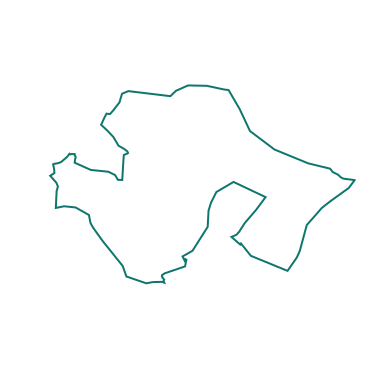 Goronyo, Sokoto, Nigeria, rotated 301°
{"feature_id": "59680162B20432910054227", "entity_name": "Goronyo", "entity_type": "district", "adm_level": 2, "iso_a3": "NGA", "parent_name": "Nigeria", "parent_adm1": "Sokoto", "projection": "equal_earth", "projection_center": [5.745, 13.352], "detail": "fine", "context": "isolated", "style": "outline", "palette": "teal", "viewbox_px": 384, "rotation_deg": 301, "n_neighbors": 0, "source": "geoboundaries", "source_scale": "gbopen_adm2", "svg_char_len": 1645}
<svg xmlns="http://www.w3.org/2000/svg" viewBox="0 0 384 384"><g transform="rotate(301 192 192)"><path d="M245.7,85.5L240.2,81.4L231.4,83.7L226.0,83.0L221.4,82.5L216.4,81.5L215.2,78.4L210.8,78.6L202.8,79.5L200.9,88.3L198.6,96.4L193.8,105.2L194.0,111.3L193.6,115.1L193.2,116.2L192.5,117.1L191.6,116.7L188.6,114.5L181.9,117.9L166.4,126.0L164.3,122.2L166.9,117.4L166.3,109.9L158.8,93.9L156.7,76.3L160.1,74.8L161.4,74.6L162.6,73.8L162.8,72.8L164.1,71.9L162.3,68.9L161.7,68.6L161.7,68.1L161.7,67.8L161.7,67.3L157.5,66.8L150.1,64.3L147.4,62.0L144.9,59.1L144.2,58.7L140.6,62.1L137.3,64.3L132.9,62.1L130.1,70.9L127.9,74.0L125.5,74.9L123.2,75.4L108.2,83.5L113.9,89.7L118.8,100.2L119.2,115.5L113.1,121.0L110.3,126.0L103.8,141.1L92.9,170.7L92.8,170.8L85.8,179.3L90.2,199.9L94.0,204.1L95.1,205.6L99.5,212.5L100.0,214.9L100.5,214.2L101.0,213.5L101.8,213.3L102.5,213.3L102.9,212.5L103.2,211.4L103.3,210.7L104.0,210.3L104.4,209.5L105.4,209.3L105.6,209.2L108.5,210.7L124.7,224.4L131.1,222.0L131.0,220.9L129.4,221.0L131.9,217.1L141.9,222.7L170.2,223.4L184.5,215.8L192.6,213.8L204.5,212.9L222.0,222.4L225.5,257.7L210.1,256.2L192.5,253.2L182.1,252.9L178.2,252.1L173.8,249.0L171.8,260.4L173.1,260.5L167.6,275.3L173.6,314.5L189.9,315.6L197.2,314.7L205.2,312.4L222.8,307.4L240.7,310.7L244.9,311.4L255.0,315.2L276.2,324.3L285.9,325.3L285.9,325.1L283.8,320.3L281.7,315.6L281.3,314.1L281.3,311.3L281.8,309.8L282.0,308.1L281.8,305.0L281.6,302.4L283.1,298.3L276.4,276.8L270.9,240.8L274.1,210.3L287.6,190.2L298.2,170.9L296.1,165.9L292.8,156.2L290.6,149.9L281.3,133.7L270.4,126.1L263.7,124.3L263.0,124.1L245.7,85.5Z" fill="none" stroke="#0f766e" stroke-width="2"/></g></svg>